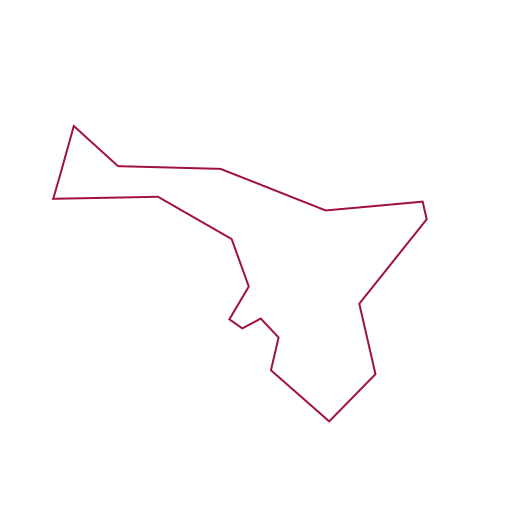 Malakal, Upper Nile, South Sudan (Robinson projection), rotated 342°
{"feature_id": "79223893B90064315418203", "entity_name": "Malakal", "entity_type": "district", "adm_level": 2, "iso_a3": "SSD", "parent_name": "South Sudan", "parent_adm1": "Upper Nile", "projection": "robinson", "projection_center": [31.585, 9.673], "detail": "fine", "context": "isolated", "style": "outline", "palette": "rose", "viewbox_px": 512, "rotation_deg": 342, "n_neighbors": 0, "source": "geoboundaries", "source_scale": "gbopen_adm2", "svg_char_len": 448}
<svg xmlns="http://www.w3.org/2000/svg" viewBox="0 0 512 512"><g transform="rotate(342 256 256)"><path d="M316.6,413.9L333.1,405.3L339.5,333.3L429.7,273.8L431.3,255.8L336.3,234.2L249.2,162.2L152.5,127.9L122.9,76.1L121.0,78.9L108.2,98.2L96.5,115.8L82.9,135.9L80.7,138.9L181.1,169.4L238.1,232.4L239.7,282.8L211.1,308.0L220.6,320.6L241.2,317.0L252.3,340.5L234.9,369.3L274.5,435.9L316.6,413.9Z" fill="none" stroke="#9f1239" stroke-width="2"/></g></svg>